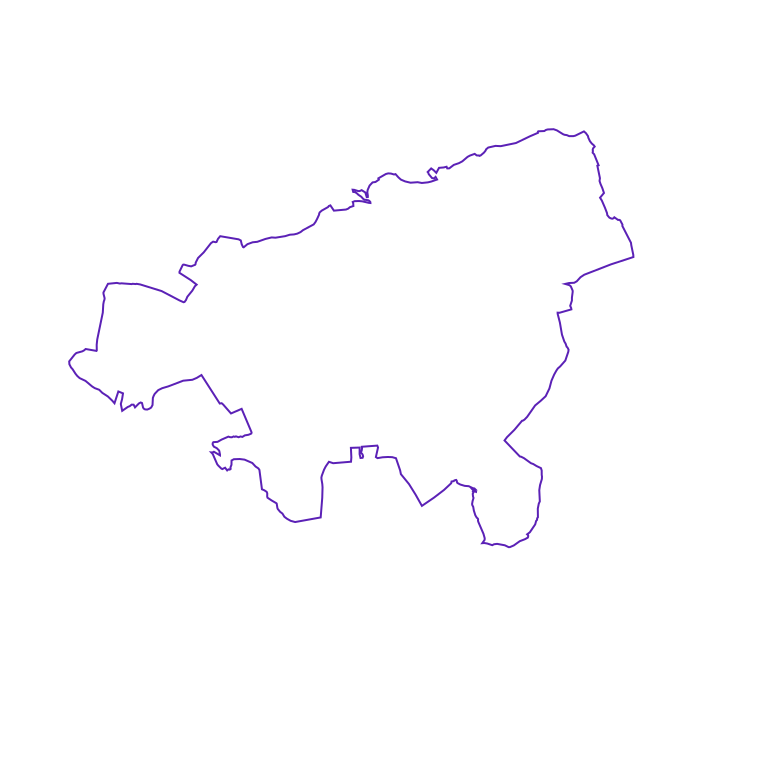 outline of Coroisanmartin, Mures, Romania, rotated 338°
{"feature_id": "2599482B84151777050895", "entity_name": "Coroisanmartin", "entity_type": "district", "adm_level": 2, "iso_a3": "ROU", "parent_name": "Romania", "parent_adm1": "Mures", "projection": "mercator", "projection_center": [24.59, 46.392], "detail": "fine", "context": "isolated", "style": "outline", "palette": "violet", "viewbox_px": 768, "rotation_deg": 338, "n_neighbors": 0, "source": "geoboundaries", "source_scale": "gbopen_adm2", "svg_char_len": 6165}
<svg xmlns="http://www.w3.org/2000/svg" viewBox="0 0 768 768"><g transform="rotate(338 384 384)"><path d="M660.0,315.7L659.0,316.3L657.7,316.3L656.7,315.7L655.3,314.2L654.3,311.1L654.8,309.0L654.9,303.4L654.7,295.5L654.1,292.2L659.5,289.3L659.8,284.4L659.7,279.5L659.9,276.5L661.3,274.1L663.6,261.5L664.9,261.6L664.9,249.7L664.1,247.7L665.0,246.2L665.2,245.1L665.6,244.5L666.2,243.8L668.3,242.8L668.0,241.4L666.7,238.8L665.9,236.0L665.7,232.2L666.0,230.6L665.2,227.1L664.0,224.7L654.4,225.4L652.3,225.1L648.5,223.5L646.7,221.7L644.8,220.6L643.7,219.6L639.3,213.6L636.7,211.3L631.1,209.3L629.3,209.1L627.4,209.5L621.7,207.5L621.0,208.0L620.8,208.8L612.1,209.0L596.6,210.0L581.3,207.2L576.6,205.0L569.2,203.8L566.5,204.7L565.7,205.6L563.4,206.9L559.2,208.3L557.9,208.2L557.7,207.7L555.6,206.8L554.3,204.6L549.3,204.4L546.6,204.7L540.0,206.9L536.2,207.3L530.8,207.0L525.3,208.5L523.4,207.8L523.4,206.0L520.5,205.6L516.0,204.2L511.6,207.8L510.1,204.3L508.5,201.8L503.9,203.8L504.2,204.7L504.1,206.2L505.7,211.1L507.5,212.1L509.4,211.3L509.8,214.3L503.7,214.0L500.3,213.5L494.4,211.8L490.8,209.5L484.0,207.3L479.5,204.1L476.3,200.9L474.8,197.9L473.3,193.7L471.8,193.5L469.3,191.5L466.8,190.3L464.4,190.0L455.8,191.2L455.8,192.6L451.8,193.5L448.9,192.8L445.0,194.6L441.6,197.9L440.4,199.9L439.5,203.6L439.0,204.6L438.0,204.3L438.4,199.4L435.9,195.9L433.7,196.0L432.4,195.5L429.1,192.8L427.7,192.1L427.4,194.4L429.1,195.3L430.3,197.1L431.1,198.9L433.1,201.9L434.0,204.4L434.8,205.7L438.3,207.8L439.0,208.7L439.5,210.2L439.2,211.1L437.7,210.3L432.3,206.5L429.4,205.0L425.3,203.5L423.2,203.5L423.1,205.1L422.3,207.5L418.6,207.3L416.4,208.0L414.1,208.0L402.5,204.5L401.2,198.3L399.6,198.3L398.3,199.0L391.3,199.9L388.7,200.8L387.8,201.6L387.3,202.6L383.9,205.8L381.2,208.1L378.6,209.7L366.6,211.0L363.5,211.9L359.9,212.1L356.6,211.6L352.6,210.3L347.8,209.9L338.2,207.7L334.7,206.0L328.4,205.1L319.8,204.7L315.3,203.4L309.8,203.2L305.1,204.7L304.6,204.2L304.4,201.2L305.0,197.3L303.4,195.4L287.5,185.6L284.5,187.2L281.9,189.6L280.9,189.4L278.9,188.0L276.3,188.6L266.2,194.4L258.8,197.5L254.9,200.9L254.2,202.2L253.6,202.7L249.3,202.7L246.8,201.1L243.6,198.6L242.6,198.1L241.8,198.4L236.5,203.2L236.0,204.3L243.7,215.2L247.5,221.7L245.3,222.5L241.3,225.6L234.4,229.4L231.8,232.0L229.8,233.2L228.8,233.1L225.7,229.9L212.6,214.5L195.3,200.4L192.1,198.4L191.4,198.4L188.4,196.9L187.6,196.9L178.3,192.3L176.7,191.9L174.2,190.2L165.6,187.7L158.2,194.0L157.7,195.3L157.1,199.8L156.3,201.2L155.2,202.4L153.6,204.9L150.0,212.5L134.8,235.3L132.3,240.0L130.3,245.2L129.8,245.6L120.5,239.8L118.4,240.5L116.5,240.7L110.4,240.0L108.2,240.8L100.6,245.1L99.7,247.8L100.0,251.4L100.8,253.6L101.8,258.9L102.6,261.6L104.0,264.5L108.4,269.3L112.5,277.0L114.3,279.5L117.8,282.7L119.5,286.7L123.3,292.1L125.8,297.7L126.9,300.9L134.9,291.4L138.5,294.9L135.5,299.9L132.5,303.9L131.2,310.8L137.9,309.3L140.0,309.3L142.3,308.6L144.1,309.4L144.4,312.4L149.5,310.2L151.5,310.0L152.5,311.0L151.8,315.5L152.0,316.8L152.9,318.0L154.9,319.0L157.3,319.0L159.3,318.6L161.5,316.8L164.5,310.3L166.2,308.5L167.8,307.2L172.4,305.1L176.8,304.8L183.1,305.4L199.0,305.7L207.9,308.3L212.7,308.2L218.1,307.3L224.4,340.6L226.3,341.0L227.2,342.8L231.1,354.0L242.7,353.7L243.1,378.5L243.0,379.5L242.4,380.2L241.5,380.3L239.3,380.3L235.7,379.5L232.9,380.0L231.3,378.9L229.3,378.9L227.1,377.1L225.9,377.1L224.9,376.3L223.0,376.4L221.3,375.6L220.0,374.5L212.6,374.7L208.0,375.3L204.0,374.0L203.0,374.7L202.5,375.8L202.5,376.6L202.8,378.4L204.9,380.8L206.1,383.7L206.2,384.4L205.5,388.0L205.2,388.7L200.9,383.1L199.2,383.2L198.2,382.7L199.0,384.8L199.3,396.0L199.8,397.6L201.5,401.5L202.2,402.3L205.3,402.1L206.2,405.4L207.8,404.9L208.4,405.1L208.9,405.6L210.0,405.3L210.4,403.8L212.3,401.8L214.0,397.8L216.6,397.5L222.1,399.5L226.4,401.9L232.3,407.9L234.0,412.4L235.9,415.2L236.3,417.0L231.4,435.9L233.2,437.7L234.8,440.0L234.8,441.6L233.5,444.7L233.4,445.8L236.2,449.9L239.6,454.3L239.7,454.7L238.7,459.1L238.7,460.1L239.8,463.6L241.3,466.1L241.9,469.8L243.5,472.5L246.2,475.9L249.9,478.7L275.3,484.0L284.1,466.4L288.3,456.8L289.3,453.7L290.4,448.8L290.9,447.3L292.0,445.7L296.3,441.0L299.1,438.6L303.8,435.5L307.2,438.4L324.3,443.7L326.2,439.9L329.4,430.8L337.6,433.8L335.1,439.9L334.5,443.8L336.5,444.4L337.5,443.3L337.7,441.9L337.6,440.7L337.1,439.5L337.2,438.4L338.3,437.5L339.5,435.5L340.0,433.9L354.7,438.6L354.7,440.6L349.1,448.7L350.2,450.3L355.2,451.4L360.2,453.1L364.2,454.9L367.3,457.3L366.6,470.2L365.9,473.9L369.7,486.2L371.8,498.2L373.5,511.2L387.7,508.1L400.0,504.7L409.1,501.2L410.1,499.7L412.3,500.2L412.9,499.8L414.1,499.8L415.0,500.0L415.2,500.9L414.9,502.4L415.0,503.3L417.1,505.8L420.7,508.7L424.3,510.5L427.4,513.9L428.7,514.7L429.0,515.4L426.1,513.7L426.6,515.2L429.2,518.0L428.9,518.5L426.8,516.5L426.2,517.0L426.8,517.6L425.1,519.1L424.4,521.7L424.3,523.2L422.3,525.7L420.7,528.3L420.5,529.5L420.7,531.3L419.9,535.0L419.5,540.0L419.9,542.6L420.6,544.0L420.5,544.9L419.9,546.0L419.8,547.6L420.1,560.1L419.6,564.7L418.9,566.2L415.5,568.4L417.4,569.0L420.0,570.6L424.0,574.0L426.0,573.8L429.0,574.6L435.6,578.8L438.5,582.0L439.7,582.4L443.9,582.3L451.0,580.6L456.6,580.7L459.8,580.3L460.5,579.5L461.0,578.3L460.4,577.0L463.7,576.1L471.6,570.8L473.7,568.0L475.0,567.3L475.7,565.9L476.8,565.2L479.9,557.2L482.7,552.9L484.5,551.2L488.2,540.6L490.8,536.2L494.8,531.2L495.8,529.0L496.2,527.3L497.8,523.3L498.0,520.8L494.7,517.2L492.4,514.1L490.6,512.5L486.0,505.2L483.9,502.8L482.8,502.1L474.6,481.5L478.1,479.4L487.6,475.4L498.2,469.8L498.9,470.0L500.8,469.7L504.4,468.1L516.1,460.5L523.0,458.3L529.3,455.9L535.7,450.1L540.5,443.7L545.3,439.0L548.9,436.1L551.0,434.7L553.9,433.7L560.9,430.2L567.0,423.1L568.0,421.3L567.8,418.9L567.3,417.8L567.5,414.6L567.1,412.2L567.5,404.9L570.1,392.9L571.3,384.0L571.7,382.9L573.4,383.7L585.7,385.0L586.0,383.7L585.9,381.3L589.5,377.0L590.6,374.3L593.5,369.2L593.9,368.0L593.8,363.6L593.4,362.6L592.8,361.7L589.5,359.1L593.4,359.7L598.3,361.4L601.2,361.0L606.2,358.6L610.6,357.7L639.3,358.1L662.8,359.7L663.5,357.7L665.3,347.8L665.9,345.6L664.2,326.8L664.8,325.5L664.3,320.7L663.4,319.8L662.5,319.6L660.0,315.7Z" fill="none" stroke="#5b21b6" stroke-width="2"/></g></svg>